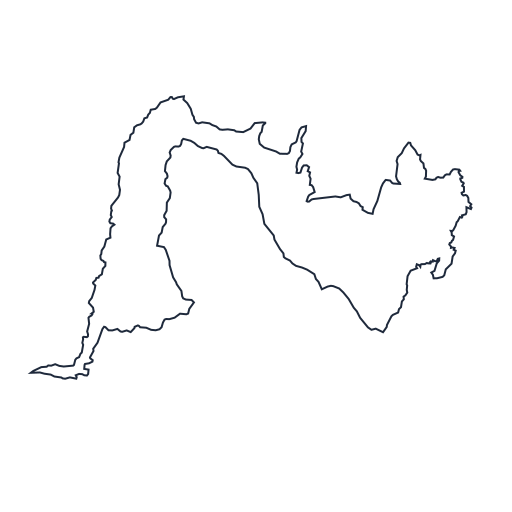 Desamparados, San José, Costa Rica (Natural Earth projection), rotated 98°
{"feature_id": "36466004B53955295164101", "entity_name": "Desamparados", "entity_type": "district", "adm_level": 2, "iso_a3": "CRI", "parent_name": "Costa Rica", "parent_adm1": "San José", "projection": "natural_earth1", "projection_center": [-84.044, 9.811], "detail": "fine", "context": "isolated", "style": "outline", "palette": "slate", "viewbox_px": 512, "rotation_deg": 98, "n_neighbors": 0, "source": "geoboundaries", "source_scale": "gbopen_adm2", "svg_char_len": 6064}
<svg xmlns="http://www.w3.org/2000/svg" viewBox="0 0 512 512"><g transform="rotate(98 256 256)"><path d="M403.0,462.7L401.4,453.8L402.0,449.2L402.0,442.8L403.4,438.9L403.4,431.8L404.1,430.5L404.1,427.9L402.1,423.4L402.5,416.9L400.9,416.7L399.2,417.9L397.4,414.8L397.2,411.6L398.0,409.5L397.9,406.8L396.2,405.8L391.8,406.0L391.7,410.4L387.6,410.6L386.7,410.3L385.5,406.4L383.4,403.3L381.9,403.2L380.4,405.9L379.5,406.3L372.7,403.7L370.5,404.3L364.0,400.9L349.7,397.9L347.2,396.6L347.4,395.2L350.1,391.7L349.7,387.9L347.5,383.1L349.6,379.7L349.7,378.0L347.7,373.7L348.8,369.5L344.4,366.4L343.0,366.3L341.2,363.3L341.5,362.2L342.7,360.8L342.3,354.7L343.7,349.6L343.5,345.0L342.0,341.4L339.7,339.6L334.9,338.9L331.7,337.7L330.9,336.2L330.6,333.0L328.4,328.0L323.7,323.2L323.4,316.9L322.4,315.2L317.6,314.7L310.6,311.0L308.5,313.7L308.9,319.4L308.1,322.2L306.2,323.5L301.0,325.0L295.1,330.5L293.1,331.5L288.7,335.1L277.1,340.3L272.8,341.0L262.5,346.2L260.0,348.4L259.6,355.4L249.2,354.9L246.0,352.7L240.3,352.4L236.6,350.1L235.0,349.8L232.2,350.1L230.3,352.3L228.3,352.6L223.7,350.8L215.5,351.7L210.7,349.4L205.0,349.4L203.2,350.1L199.3,353.1L199.0,354.8L196.9,356.6L192.5,356.4L190.8,354.8L189.2,354.7L186.8,355.7L184.6,358.0L178.5,358.2L174.7,357.5L170.4,354.5L168.4,354.5L165.5,355.9L162.9,355.2L159.3,352.4L158.7,351.1L158.4,347.9L157.5,346.5L155.5,345.7L151.9,345.5L150.1,344.3L151.0,336.7L152.6,332.8L155.2,328.9L156.6,324.4L156.6,323.0L154.8,320.0L156.0,309.8L157.1,308.4L159.2,307.5L159.7,304.5L161.3,301.7L168.8,292.1L170.1,287.9L170.1,279.1L171.0,276.1L174.7,272.1L178.9,269.5L183.8,264.9L195.1,261.8L206.8,259.6L213.7,255.3L223.0,252.2L233.2,241.3L237.2,240.0L245.8,233.2L249.6,229.2L253.1,228.3L254.2,226.6L255.8,221.7L258.3,218.9L260.2,215.0L261.0,208.9L262.4,203.5L265.9,195.7L270.4,193.5L272.9,190.5L279.8,186.2L276.3,180.8L275.1,177.7L275.1,175.3L276.6,169.1L279.9,164.5L285.6,158.3L293.6,152.0L296.8,148.4L302.7,144.3L311.1,135.2L313.0,131.4L311.3,127.3L313.8,119.6L308.1,116.7L306.0,116.7L296.8,113.5L295.2,112.2L292.2,107.4L288.7,107.0L286.5,105.3L280.7,105.2L278.3,103.6L275.7,104.2L274.2,102.6L271.2,101.1L268.6,102.0L264.1,102.2L263.0,102.9L254.9,103.1L249.0,100.8L245.7,94.8L244.4,95.9L241.8,95.6L242.4,93.2L243.8,91.8L241.7,91.8L241.1,91.1L240.5,87.6L239.1,85.8L239.4,84.6L239.1,82.2L238.0,81.9L237.8,82.8L237.0,82.3L237.0,80.2L235.5,80.1L236.2,77.9L236.1,76.4L233.5,75.6L232.9,74.2L235.1,74.0L238.2,76.0L245.9,77.2L248.0,80.1L250.0,78.2L253.4,77.0L252.8,73.5L250.7,68.3L248.9,66.9L242.8,66.2L236.4,61.3L229.1,61.2L225.6,59.3L222.9,59.0L222.3,61.1L220.4,60.5L220.2,62.5L220.8,64.1L219.5,64.2L217.7,66.2L216.2,65.9L215.4,64.5L213.7,64.1L212.6,63.1L209.1,62.6L208.1,65.0L205.5,65.5L204.0,66.6L203.9,65.0L202.8,64.2L198.2,62.5L194.6,62.0L193.5,61.1L189.0,59.5L189.4,57.6L188.4,57.1L187.1,57.7L185.5,54.1L183.2,53.6L178.4,54.4L179.6,49.7L178.1,49.3L176.8,50.9L174.8,50.0L172.9,53.1L169.0,53.8L167.0,55.3L166.4,56.9L167.2,59.1L166.1,60.7L164.8,61.2L163.3,59.0L158.6,59.7L157.8,61.6L155.2,60.4L154.5,60.8L153.9,62.9L151.5,64.4L150.8,64.5L149.9,62.6L148.9,62.6L147.6,65.0L144.8,67.1L143.6,67.0L143.2,65.7L142.2,66.7L142.3,71.1L142.9,72.9L145.6,74.7L148.3,75.6L148.7,78.8L149.8,80.2L152.3,81.5L152.8,84.3L152.4,86.6L153.4,88.2L155.1,89.0L156.1,91.8L155.9,99.6L153.7,98.8L147.9,99.4L146.2,100.4L145.4,101.9L141.0,103.1L139.1,105.9L137.5,107.0L133.0,107.2L133.6,108.2L133.1,110.1L129.1,113.0L124.9,117.9L122.5,119.0L122.5,120.8L128.8,124.4L133.9,126.0L138.4,129.4L142.3,130.0L145.3,128.6L157.6,128.4L160.4,127.2L162.5,125.5L163.5,123.8L164.6,123.3L165.1,130.1L164.7,131.4L162.6,133.7L162.6,138.1L163.1,138.5L166.5,140.4L170.6,141.6L184.6,143.5L193.3,146.1L198.0,146.4L197.7,151.2L195.4,157.0L192.8,157.1L192.0,159.4L189.5,161.5L188.5,164.0L188.2,167.1L186.0,170.3L182.2,171.7L183.1,174.8L186.1,180.3L186.0,185.7L191.6,207.1L192.3,208.8L194.7,211.0L195.0,212.6L194.6,213.5L189.9,212.6L188.2,211.7L184.5,206.8L179.8,209.0L178.1,210.8L178.1,212.6L171.9,212.7L169.2,214.4L165.7,214.1L164.8,216.6L160.6,215.8L159.1,218.4L159.7,221.4L162.0,222.7L167.2,223.6L168.0,225.5L167.9,227.5L164.8,227.3L162.0,228.4L157.6,228.3L153.6,227.2L152.2,225.9L148.5,224.2L146.3,225.8L138.0,225.2L136.7,226.8L132.9,227.5L125.4,224.2L120.4,224.5L122.3,228.8L125.0,230.4L136.7,231.8L138.0,232.5L140.5,236.2L143.4,237.1L147.3,237.0L149.5,237.8L150.5,239.3L151.4,246.6L149.7,250.7L147.5,263.0L144.4,267.9L140.0,269.5L136.7,269.5L133.8,268.8L132.3,267.7L125.8,267.4L123.2,265.3L122.7,265.4L122.8,268.2L124.6,275.8L130.6,279.2L135.1,285.9L135.5,293.0L134.5,295.0L134.5,301.5L135.7,306.8L135.7,309.6L133.3,313.3L132.4,317.6L131.1,320.5L131.1,327.9L132.7,331.3L132.4,333.9L129.2,336.3L126.9,336.9L125.0,338.6L119.3,341.1L114.1,345.4L111.2,349.6L107.9,349.6L109.7,355.4L112.0,359.1L111.8,360.3L110.3,361.5L110.5,362.8L113.5,364.7L117.2,371.9L122.9,374.8L124.4,376.2L125.8,380.6L129.0,381.0L131.0,382.4L134.0,383.1L135.2,385.7L138.6,386.4L140.7,387.7L141.8,389.0L143.1,392.0L145.5,394.5L151.0,394.6L153.5,397.1L158.7,397.4L162.1,402.0L166.4,401.8L177.6,405.0L182.4,405.2L183.2,404.6L193.0,404.6L196.4,402.1L204.1,402.0L209.4,399.9L214.7,399.9L217.3,400.8L226.4,406.2L229.2,406.1L231.2,405.0L231.7,405.5L235.7,405.5L237.5,404.3L240.3,405.9L242.3,406.0L243.8,404.8L243.8,402.0L244.7,400.6L246.7,402.8L248.8,403.9L254.7,403.5L258.1,402.7L260.5,406.6L267.8,407.5L272.0,409.6L275.6,409.5L277.2,410.2L280.4,409.5L281.6,408.3L282.1,406.4L283.2,405.6L283.3,404.2L286.8,403.8L289.9,405.9L295.6,406.1L297.7,408.6L299.4,408.9L299.9,411.0L302.0,411.4L304.9,413.7L305.9,413.4L307.6,411.0L312.0,411.2L320.4,412.8L323.9,414.9L325.8,415.0L329.8,410.2L333.8,408.9L335.5,410.5L335.4,409.9L336.4,409.9L337.8,410.6L339.4,412.7L340.5,413.3L346.4,411.8L354.2,412.7L357.0,411.4L359.0,411.3L359.9,412.2L360.0,415.4L360.6,416.1L362.6,415.6L366.2,415.9L368.0,414.8L375.9,415.1L377.2,416.2L380.8,417.1L382.3,419.5L383.9,420.5L389.2,421.1L390.0,421.8L392.2,431.0L392.2,435.5L391.1,439.8L393.1,443.5L393.3,446.5L394.8,447.9L395.9,453.1L400.8,460.5L403.0,462.7Z" fill="none" stroke="#1e293b" stroke-width="2"/></g></svg>